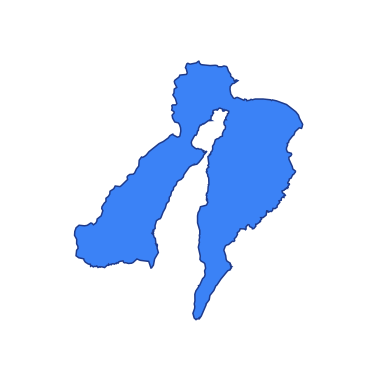 Kota Ambon, Maluku, Indonesia (Albers equal-area conic projection), rotated 324°
{"feature_id": "22746128B58388026658287", "entity_name": "Kota Ambon", "entity_type": "district", "adm_level": 2, "iso_a3": "IDN", "parent_name": "Indonesia", "parent_adm1": "Maluku", "projection": "albers", "projection_center": [128.177, -3.684], "detail": "fine", "context": "isolated", "style": "filled", "palette": "blue", "viewbox_px": 384, "rotation_deg": 324, "n_neighbors": 0, "source": "geoboundaries", "source_scale": "gbopen_adm2", "svg_char_len": 6095}
<svg xmlns="http://www.w3.org/2000/svg" viewBox="0 0 384 384"><g transform="rotate(324 192 192)"><path d="M294.6,128.9L293.6,127.2L291.6,127.4L291.4,126.9L292.2,124.8L291.3,121.2L292.4,119.5L292.5,115.7L293.7,111.8L293.6,110.7L291.9,108.8L289.7,108.2L286.8,106.0L286.6,104.4L285.2,103.1L280.9,100.3L275.2,95.2L274.1,94.0L273.9,91.8L274.5,90.4L274.1,90.0L271.4,90.1L265.5,87.4L264.3,85.4L263.1,85.3L259.7,87.6L259.7,89.0L258.2,92.8L256.7,93.6L250.9,90.3L249.0,91.4L243.9,91.5L242.7,92.1L241.9,93.9L241.2,98.4L238.1,98.3L235.5,101.4L233.6,102.2L233.4,106.7L231.7,111.6L230.1,112.0L227.6,110.2L226.4,110.3L225.5,112.2L223.7,113.8L224.6,116.3L224.1,117.5L221.0,118.2L219.7,120.9L219.2,125.2L221.6,128.1L221.5,130.2L220.5,133.3L218.8,136.1L215.2,139.5L214.1,139.7L212.4,139.0L210.3,134.7L210.5,133.9L209.0,133.6L207.1,133.5L204.7,134.3L198.5,134.3L193.9,133.5L180.8,134.1L176.9,135.2L174.5,135.3L172.5,135.0L171.7,134.0L168.0,135.2L164.2,139.7L160.5,140.8L156.7,142.9L154.9,143.0L151.9,141.2L149.6,141.2L148.3,141.7L147.3,144.0L138.5,145.3L136.9,145.3L133.4,142.0L130.6,143.4L126.1,143.2L124.2,145.4L121.7,146.4L118.7,146.5L116.8,149.1L114.3,149.5L110.5,151.0L109.2,152.4L108.9,154.7L104.5,157.9L99.4,158.1L97.7,159.8L95.8,160.6L93.0,160.6L92.6,158.4L91.9,157.6L87.6,157.4L85.2,156.2L81.1,152.5L77.2,152.8L74.0,155.0L71.5,158.0L70.9,162.5L68.2,166.1L67.8,168.8L66.6,170.7L64.4,171.3L60.7,175.4L61.7,178.6L65.1,182.4L64.5,184.0L64.5,186.1L65.8,189.4L67.3,190.7L66.3,192.5L67.5,192.6L68.1,194.6L69.0,194.6L70.7,195.9L71.5,195.9L71.6,197.8L72.9,198.0L73.6,198.3L73.5,198.8L75.0,199.4L76.9,201.8L80.3,201.4L81.2,202.1L82.0,201.4L82.1,202.3L83.3,202.5L83.9,203.4L84.7,203.1L86.0,203.6L86.7,204.7L88.2,204.8L88.8,205.5L89.8,205.1L90.4,206.1L91.7,205.5L93.2,205.9L95.7,207.2L95.3,208.7L95.8,209.7L96.9,210.3L98.6,212.5L101.3,214.1L103.0,214.4L108.1,213.8L109.9,216.8L116.2,222.7L114.1,229.4L114.7,229.6L117.8,228.5L122.4,224.2L129.2,221.2L130.8,216.8L132.9,214.5L133.0,213.7L132.4,213.1L132.5,214.5L131.8,214.5L132.1,213.2L135.1,207.9L134.7,206.7L135.6,203.9L135.4,202.3L136.5,203.0L137.0,201.9L136.6,201.3L137.5,201.3L137.3,200.6L137.7,201.2L138.2,201.0L137.7,200.3L138.1,199.9L140.7,199.9L142.3,197.5L146.4,194.3L149.7,194.4L150.1,194.9L151.8,194.5L156.7,191.3L161.1,189.2L164.5,186.4L168.1,185.8L170.6,182.9L172.7,182.4L175.6,179.7L178.2,179.2L179.8,177.5L183.4,176.9L185.8,175.0L187.9,174.8L190.6,175.4L193.8,174.8L195.6,173.2L204.6,170.2L208.3,170.5L209.5,171.3L210.2,170.8L210.9,171.8L212.3,172.4L215.2,172.0L221.6,170.2L222.8,169.1L227.5,168.0L227.4,167.4L224.9,167.0L224.7,165.9L225.8,165.5L224.8,164.0L224.8,163.0L222.8,161.3L222.4,160.3L220.9,159.7L220.1,157.9L219.3,154.5L220.3,151.8L221.7,150.5L227.2,147.9L227.9,147.8L228.5,148.5L230.2,147.8L232.3,145.9L233.3,146.0L235.0,144.1L238.0,142.7L238.7,143.3L241.2,143.2L241.3,143.8L242.1,143.9L247.1,143.9L249.9,145.7L249.2,144.3L249.9,144.5L252.3,141.7L253.1,142.1L255.0,140.9L255.7,140.9L256.1,140.2L255.5,139.8L257.1,138.5L260.1,139.5L260.7,139.9L260.2,140.2L260.7,140.7L262.8,140.1L263.9,140.5L265.6,143.3L264.6,144.0L264.6,144.8L265.4,145.3L266.2,144.8L266.1,145.4L267.6,145.5L269.2,148.3L267.9,149.7L266.6,149.6L266.0,150.5L263.1,151.6L262.2,152.7L262.2,153.6L261.2,152.9L258.8,154.3L257.6,156.5L257.9,158.1L256.9,159.6L255.8,160.6L254.2,160.7L251.1,162.5L249.4,164.7L247.4,164.0L244.6,164.3L243.8,163.7L241.5,163.5L238.1,166.1L235.6,167.0L233.9,169.5L231.9,170.8L230.7,170.8L229.3,172.4L228.4,172.5L228.2,171.9L227.4,172.7L225.7,172.7L222.0,179.3L220.4,179.8L220.3,181.7L218.2,181.9L216.7,182.7L216.4,184.1L215.4,184.1L214.9,187.4L214.1,188.2L213.9,190.1L213.0,191.6L210.3,195.6L209.6,195.7L209.7,196.1L208.2,197.2L205.5,200.5L203.6,201.9L203.1,201.6L201.6,203.0L201.8,203.6L200.0,205.7L200.2,206.4L199.4,206.6L199.7,207.4L199.0,207.3L198.8,209.6L196.3,211.0L195.3,210.9L190.2,208.9L187.1,211.3L184.8,212.3L182.4,214.6L178.3,220.3L175.7,227.6L173.3,231.0L172.6,231.1L171.5,233.2L169.3,235.2L168.5,237.0L164.7,240.3L161.1,248.6L158.8,251.2L158.7,253.1L160.1,256.2L160.2,257.6L158.2,261.7L155.8,263.2L154.1,266.5L152.3,267.9L149.5,268.4L143.5,271.9L142.2,271.6L142.0,272.5L137.0,274.3L134.2,276.4L130.4,281.8L128.0,283.9L127.0,286.2L125.6,287.8L121.4,290.7L119.7,295.2L120.2,297.6L121.0,297.4L123.2,298.7L123.9,298.6L123.9,297.9L125.1,298.0L124.8,298.4L126.6,297.8L137.2,291.5L137.4,290.9L142.6,289.3L145.7,286.2L151.8,284.5L156.1,281.9L157.4,281.9L164.2,279.4L174.6,276.7L177.4,277.4L177.9,276.7L179.1,276.6L179.4,275.4L180.4,275.8L180.1,274.2L180.6,273.7L180.2,273.2L181.1,272.2L179.7,268.4L180.0,266.6L181.9,263.2L183.6,257.7L187.1,255.4L188.7,255.2L190.7,256.0L195.7,255.6L196.8,256.6L197.9,256.5L198.8,254.7L201.3,254.3L203.9,253.0L204.6,251.6L207.6,251.3L209.4,250.1L212.7,252.7L213.1,254.0L213.9,253.8L215.4,251.8L218.2,251.3L218.9,252.4L218.3,253.8L219.6,256.2L219.2,257.3L220.5,257.9L223.5,257.2L224.6,255.5L225.5,256.1L229.9,256.1L229.8,255.5L232.6,254.7L232.6,253.2L234.6,254.5L238.4,254.3L241.3,251.2L242.2,251.8L241.8,253.1L244.3,253.8L244.9,254.5L246.5,254.1L247.9,252.9L249.3,254.2L251.9,254.3L253.1,252.9L256.9,252.0L257.2,250.3L259.4,251.1L260.5,249.7L262.2,249.3L263.2,250.5L264.5,248.9L265.2,249.2L265.7,250.2L265.4,247.3L264.7,245.8L265.4,244.1L267.6,244.7L268.6,244.3L269.3,244.8L270.3,244.3L270.9,244.8L270.9,244.3L271.8,244.3L272.4,244.8L272.6,244.0L275.4,243.0L275.6,242.4L274.6,241.5L275.0,240.7L277.4,239.7L278.3,238.7L280.4,239.0L283.6,237.2L284.4,237.5L287.4,236.6L288.0,235.9L287.1,232.6L288.1,230.3L289.7,222.5L290.8,220.8L293.0,220.9L294.6,220.3L295.1,219.1L292.7,215.8L293.3,213.3L294.4,211.8L297.0,210.2L297.6,208.6L299.1,208.8L300.7,207.4L306.2,205.8L307.9,205.8L310.9,203.8L316.5,203.1L318.0,204.9L319.4,204.0L321.3,202.3L322.2,195.7L323.3,192.3L323.1,188.0L319.9,176.8L313.9,167.9L311.1,164.7L310.1,164.7L309.8,163.6L304.2,158.6L297.7,153.9L294.9,152.8L294.2,151.7L292.7,151.7L290.0,150.4L290.3,149.2L289.2,147.8L287.9,148.3L284.4,142.2L283.1,141.5L281.7,141.6L280.7,140.4L281.0,135.5L283.0,131.4L284.9,129.1L288.4,128.1L289.8,128.8L294.6,128.9Z" fill="#3b82f6" stroke="#1e3a8a" stroke-width="1.5"/></g></svg>